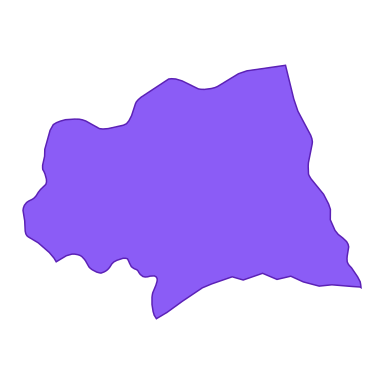 the Department of Canelones
{"feature_id": "URY-17", "entity_name": "Canelones", "entity_type": "Department", "adm_level": 1, "iso_a3": "URY", "parent_name": "Uruguay", "parent_adm1": "", "projection": "mercator", "projection_center": [-56.01, -34.547], "detail": "fine", "context": "isolated", "style": "filled", "palette": "violet", "viewbox_px": 384, "rotation_deg": 0, "n_neighbors": 0, "source": "natural_earth", "source_scale": "10m", "svg_char_len": 1983}
<svg xmlns="http://www.w3.org/2000/svg" viewBox="0 0 384 384"><path d="M361.0,287.6L360.0,287.0L352.3,286.5L331.9,284.8L319.2,286.1L303.3,281.9L290.8,276.2L277.0,279.4L262.6,273.3L243.2,280.0L232.2,276.8L211.7,283.9L202.4,287.8L182.3,301.3L167.0,312.4L156.4,318.7L154.2,315.2L153.1,311.5L152.0,304.5L152.0,297.3L152.3,294.9L152.7,292.9L155.9,285.2L157.1,281.1L157.2,278.8L156.3,277.0L154.4,275.9L150.3,276.1L147.7,276.8L145.2,277.0L142.9,276.5L140.3,274.5L139.0,272.7L138.1,271.1L137.5,270.3L136.1,269.4L134.4,268.8L132.7,267.7L131.3,266.6L129.5,263.1L128.8,261.4L127.5,258.8L125.8,258.3L123.0,258.3L116.9,260.3L113.9,261.9L111.9,263.8L109.8,267.1L108.6,268.6L107.3,269.9L105.8,271.0L104.2,271.9L101.0,273.1L99.3,272.8L96.7,272.1L92.3,269.8L90.4,268.4L89.0,267.0L85.5,260.8L84.4,259.3L81.9,256.6L80.2,255.5L77.9,254.7L74.6,254.1L72.0,254.1L66.4,255.7L56.2,261.8L54.0,258.1L49.3,252.5L38.2,242.8L28.3,236.9L26.9,235.7L25.8,233.8L25.2,231.1L24.7,220.8L23.0,210.4L23.4,207.9L24.4,205.3L26.6,202.5L28.6,201.1L32.3,199.3L33.8,198.3L35.1,197.0L36.3,195.6L38.3,192.3L40.6,189.4L45.8,184.4L46.5,182.1L46.4,179.1L45.0,174.0L43.9,171.4L42.8,169.6L42.6,168.0L42.6,165.3L44.6,156.3L44.8,149.3L50.1,130.3L53.3,124.6L56.4,122.7L60.4,121.1L65.5,119.7L74.7,119.1L79.2,119.2L82.3,119.8L85.8,121.0L99.4,128.6L102.9,129.0L108.1,128.6L123.4,125.2L126.5,123.7L128.9,120.8L131.6,115.6L135.5,103.6L136.4,101.8L138.3,99.6L141.2,97.1L168.7,79.0L171.6,78.7L175.8,79.0L182.1,80.9L198.4,88.9L200.9,89.3L204.5,89.4L211.4,88.5L214.9,87.6L217.5,86.5L238.5,73.7L247.0,70.8L285.5,65.3L293.8,99.1L297.9,111.2L310.7,135.3L311.9,138.7L312.4,141.9L312.1,144.3L308.4,162.8L308.2,166.1L308.5,174.2L309.2,175.8L310.9,178.7L323.6,194.3L328.6,204.0L330.4,209.4L330.3,219.8L335.0,230.4L338.2,234.4L342.8,238.0L346.6,241.6L348.1,244.3L348.7,246.9L347.2,256.1L347.0,258.6L347.2,261.8L348.1,263.8L349.2,265.4L351.5,267.8L357.6,276.8L360.2,281.8L360.7,284.7L361.0,287.6Z" fill="#8b5cf6" stroke="#5b21b6" stroke-width="1.5"/></svg>